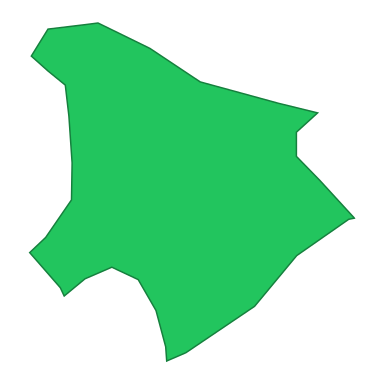 Andrijevica, Robinson projection
{"feature_id": "MNE-1508", "entity_name": "Andrijevica", "entity_type": "Municipality", "adm_level": 1, "iso_a3": "MNE", "parent_name": "Montenegro", "parent_adm1": "", "projection": "robinson", "projection_center": [19.742, 42.708], "detail": "fine", "context": "isolated", "style": "filled", "palette": "green", "viewbox_px": 384, "rotation_deg": 0, "n_neighbors": 0, "source": "natural_earth", "source_scale": "10m", "svg_char_len": 517}
<svg xmlns="http://www.w3.org/2000/svg" viewBox="0 0 384 384"><path d="M166.7,361.0L165.7,346.8L156.0,310.5L138.2,279.6L111.8,267.2L85.0,278.8L64.2,296.0L63.9,295.4L60.3,287.7L29.7,252.6L45.7,237.4L71.5,199.9L72.1,162.9L68.9,116.1L65.3,85.1L48.0,71.0L31.3,56.1L48.0,29.1L84.7,24.7L98.0,23.0L149.9,48.4L200.2,81.9L278.1,103.2L317.6,112.9L296.4,132.2L296.4,156.4L320.0,180.6L354.0,217.7L354.3,218.2L348.7,219.3L296.7,255.6L254.6,306.3L185.9,352.7L166.7,361.0Z" fill="#22c55e" stroke="#15803d" stroke-width="1.5"/></svg>